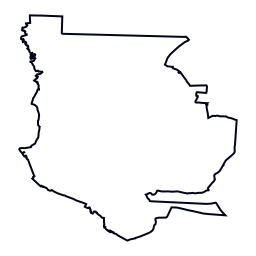 Rovinari, Gorj, Romania (Equal Earth projection)
{"feature_id": "2599482B72679771783557", "entity_name": "Rovinari", "entity_type": "district", "adm_level": 2, "iso_a3": "ROU", "parent_name": "Romania", "parent_adm1": "Gorj", "projection": "equal_earth", "projection_center": [23.157, 44.921], "detail": "fine", "context": "isolated", "style": "outline", "palette": "ink", "viewbox_px": 256, "rotation_deg": 0, "n_neighbors": 0, "source": "geoboundaries", "source_scale": "gbopen_adm2", "svg_char_len": 5575}
<svg xmlns="http://www.w3.org/2000/svg" viewBox="0 0 256 256"><path d="M206.4,85.4L198.9,85.5L190.0,85.8L189.1,84.3L186.9,81.7L186.1,80.1L180.2,72.0L179.8,72.2L179.7,72.7L179.3,72.9L178.7,72.8L178.5,72.6L178.5,72.1L179.0,71.2L178.7,70.8L177.0,69.7L173.0,68.3L172.7,67.9L172.8,66.8L171.1,66.8L169.0,66.4L167.7,66.4L164.9,64.7L165.4,63.7L167.6,57.8L170.6,54.0L178.4,46.9L185.1,41.9L187.8,40.8L188.9,39.8L187.3,37.8L185.8,36.7L185.3,36.9L183.9,36.9L62.8,33.8L62.1,33.6L61.9,33.4L61.8,33.1L62.3,16.4L42.0,15.6L29.9,15.4L29.9,18.3L30.2,22.9L26.0,23.4L26.6,25.0L27.2,24.9L27.3,25.0L27.3,25.4L26.5,26.5L25.8,26.9L25.4,26.9L24.2,27.6L23.3,27.7L22.6,27.5L22.3,27.9L22.4,28.8L22.1,29.9L22.1,30.3L22.6,30.5L23.6,30.4L23.9,31.0L24.4,31.4L24.9,31.1L25.1,31.2L25.3,31.6L25.0,32.6L25.2,33.1L25.7,34.0L26.7,34.2L26.8,34.8L21.5,36.5L21.3,37.0L21.0,38.8L21.8,39.5L23.2,39.0L23.7,39.6L23.5,40.2L23.8,40.3L23.9,40.7L23.5,41.2L23.5,41.4L22.8,41.6L22.9,42.1L25.2,41.7L25.9,42.2L26.2,43.3L25.3,43.8L25.5,44.4L26.3,45.1L26.8,45.4L27.3,45.4L27.5,46.1L28.0,46.0L28.3,46.8L28.2,47.0L28.2,48.0L27.4,48.5L27.6,48.7L28.3,48.6L28.4,48.9L28.2,49.3L28.6,49.4L28.7,49.9L28.9,50.2L29.3,50.3L29.4,50.5L29.2,51.0L29.9,52.5L30.2,52.7L30.7,52.8L31.1,53.4L32.3,53.0L32.8,54.0L30.7,54.9L31.1,55.6L31.4,55.6L32.6,55.3L33.0,54.9L34.7,54.1L34.9,54.3L33.7,55.0L33.3,55.3L33.5,55.6L34.9,55.1L35.0,55.5L30.3,57.2L30.4,57.6L31.4,57.2L31.6,57.5L32.0,57.4L32.1,57.7L30.6,58.3L30.7,58.6L31.3,58.5L31.4,58.8L34.9,57.7L35.2,58.2L34.3,58.6L34.6,59.5L34.3,59.9L34.1,60.5L33.9,60.7L32.6,61.2L30.5,61.4L30.5,62.0L30.9,62.0L31.6,62.6L32.2,63.5L33.0,65.0L34.2,66.5L34.3,68.5L34.7,69.2L35.5,70.5L35.6,70.8L35.8,71.1L36.3,71.1L37.9,70.7L38.8,71.7L39.9,71.5L40.6,71.7L41.1,72.0L42.2,71.7L42.4,72.1L40.6,73.8L38.7,74.3L37.3,74.2L36.9,74.9L36.0,75.7L36.6,76.0L36.2,76.4L36.3,76.6L36.7,76.8L37.6,76.6L37.8,76.7L37.3,78.1L35.5,79.3L34.1,80.5L34.6,81.0L35.5,81.3L36.2,81.9L37.0,81.7L37.3,81.8L37.3,82.1L37.1,82.4L37.8,83.1L37.4,83.5L38.7,85.3L38.5,87.5L38.7,88.2L39.0,88.6L39.0,89.6L38.5,89.6L37.9,89.3L37.7,89.5L37.0,91.6L34.2,96.7L33.2,98.1L32.9,99.4L31.6,103.5L31.7,103.9L32.4,104.2L33.4,104.4L34.9,105.0L36.6,106.5L37.5,108.5L37.5,109.0L37.4,109.5L38.7,113.0L39.1,115.1L38.6,119.9L38.1,120.4L38.0,120.8L38.0,124.7L38.4,125.5L39.7,126.8L39.5,127.2L39.4,129.5L38.7,132.3L38.4,136.7L38.0,137.9L37.4,138.7L36.1,141.0L35.2,143.3L34.8,143.8L32.4,145.1L31.5,145.7L31.1,146.4L31.1,147.1L24.2,148.2L22.5,148.0L20.3,148.2L19.9,148.3L19.5,148.8L19.3,149.2L19.4,149.6L20.3,151.1L22.1,153.1L23.2,152.6L24.0,152.1L24.2,152.3L22.7,153.3L22.8,154.0L23.0,154.8L24.3,156.4L25.3,155.7L25.6,155.6L26.0,155.7L26.4,156.3L26.6,157.2L26.6,157.9L26.3,158.0L27.2,159.3L27.8,159.4L28.1,159.8L28.4,160.8L34.1,175.8L34.4,176.1L33.1,177.0L33.4,177.6L32.3,178.6L38.2,184.1L40.8,186.4L41.2,186.3L41.5,185.8L41.9,186.0L42.0,186.4L42.9,187.0L43.3,187.0L43.6,186.6L45.0,187.5L46.0,187.7L47.3,188.8L47.9,189.8L48.5,190.2L49.3,190.5L50.8,190.7L51.8,190.0L54.2,191.7L57.7,193.3L63.3,195.3L64.9,195.5L65.6,195.8L65.7,196.1L73.3,198.9L76.4,200.5L83.5,202.9L86.2,204.1L84.8,206.8L87.2,207.9L88.4,208.1L89.1,207.4L89.7,207.6L90.0,208.1L90.1,209.2L90.4,209.4L90.6,210.0L90.4,210.4L90.5,211.2L91.0,211.1L91.2,211.4L90.8,211.9L90.9,212.8L92.6,213.6L94.2,211.5L95.4,211.9L95.7,211.7L96.6,213.0L97.1,212.9L97.2,213.4L98.2,214.4L100.3,215.9L101.5,217.2L102.3,217.8L103.9,217.9L104.0,220.2L103.9,222.0L104.4,224.5L103.9,225.3L104.0,226.5L104.3,226.6L104.3,227.5L104.5,227.5L104.9,226.9L105.2,227.0L104.9,227.5L106.0,229.2L106.8,229.7L107.0,230.0L107.7,230.1L107.8,230.3L107.8,230.7L108.7,231.1L110.0,232.1L110.3,232.1L109.3,231.0L109.9,230.5L113.7,232.5L113.6,233.2L116.2,234.0L117.5,235.1L120.2,236.7L127.4,240.6L129.9,239.5L135.4,238.3L135.4,238.0L140.4,236.4L146.8,233.8L149.5,232.6L150.7,231.9L152.4,230.5L153.0,229.7L153.5,228.5L154.1,225.6L154.3,225.2L155.2,224.5L155.5,223.9L155.9,221.8L155.8,220.9L155.4,220.0L155.5,218.7L155.9,218.3L156.6,218.1L158.9,217.7L165.6,217.6L166.6,217.3L167.3,216.3L168.7,213.5L171.5,207.4L176.3,207.5L179.1,208.0L189.1,210.4L192.9,211.1L203.3,213.5L208.9,214.1L225.3,215.3L221.5,211.2L220.4,209.8L216.2,203.0L215.6,202.7L211.2,203.6L206.6,203.9L151.4,201.3L149.8,201.0L149.4,199.9L149.0,199.3L148.6,199.1L147.5,198.0L146.4,195.5L145.8,194.6L146.8,194.3L149.4,193.0L150.7,193.1L151.6,193.9L152.3,194.7L154.1,194.6L155.6,193.6L156.5,192.1L157.1,190.8L157.5,190.7L159.0,190.8L160.8,191.3L162.6,191.5L168.1,191.4L172.1,191.7L177.6,191.4L184.8,193.0L187.6,193.5L188.8,193.1L190.9,193.2L192.4,192.9L194.4,193.2L195.7,193.3L199.0,192.8L201.9,192.8L204.1,192.0L205.4,191.1L206.4,190.6L207.3,190.3L208.5,190.3L208.7,190.1L208.3,189.6L207.9,188.4L208.1,187.9L212.0,183.1L214.0,181.1L214.3,180.3L214.9,179.5L214.6,178.7L214.3,175.7L214.3,175.1L214.5,174.7L216.0,173.5L217.0,173.2L219.8,170.9L222.1,166.9L223.3,165.4L223.0,165.3L223.4,164.5L225.8,160.4L232.7,154.5L234.4,152.7L234.7,151.6L234.6,147.1L235.0,144.5L236.7,120.1L235.0,119.7L232.8,118.7L231.1,118.2L227.9,117.5L226.0,116.4L219.6,116.3L217.6,115.6L216.6,115.7L215.4,116.1L213.8,115.8L212.5,115.9L208.3,118.0L207.8,113.6L206.7,108.2L206.7,107.2L206.5,106.1L206.6,105.6L207.4,105.1L207.5,104.9L207.3,104.6L206.1,104.5L206.0,104.3L206.3,103.7L207.1,103.5L207.4,103.2L202.3,102.9L198.8,102.5L196.2,102.5L195.7,102.4L195.5,102.0L195.4,101.9L195.8,100.7L197.6,97.4L197.8,96.9L197.7,96.1L196.4,95.9L196.2,95.7L196.4,94.9L196.2,93.8L196.7,92.5L196.9,92.2L197.7,92.2L205.3,92.9L206.3,92.8L206.4,92.4L206.6,91.4L207.0,86.9L206.8,86.0L206.6,85.6L206.4,85.4Z" fill="none" stroke="#020617" stroke-width="2"/></svg>